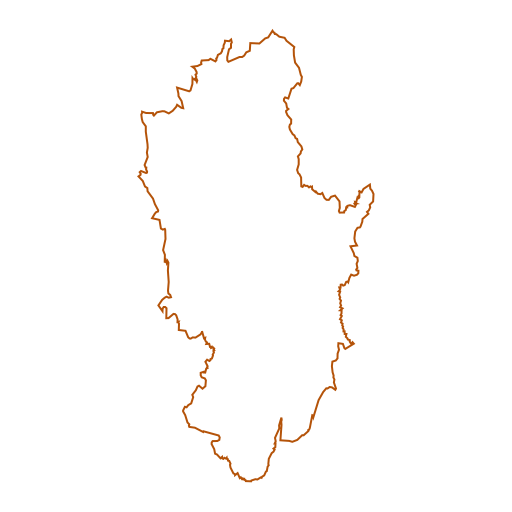 Cardonal, Hidalgo, Mexico
{"feature_id": "50627088B80156455392476", "entity_name": "Cardonal", "entity_type": "district", "adm_level": 2, "iso_a3": "MEX", "parent_name": "Mexico", "parent_adm1": "Hidalgo", "projection": "equal_earth", "projection_center": [-99.045, 20.596], "detail": "fine", "context": "isolated", "style": "outline", "palette": "amber", "viewbox_px": 512, "rotation_deg": 0, "n_neighbors": 0, "source": "geoboundaries", "source_scale": "gbopen_adm2", "svg_char_len": 6047}
<svg xmlns="http://www.w3.org/2000/svg" viewBox="0 0 512 512"><path d="M357.5,197.4L356.2,202.2L355.1,201.9L355.4,203.0L356.5,203.5L355.0,203.7L353.9,202.8L354.8,204.2L356.0,204.7L354.9,206.9L350.0,205.2L347.9,205.7L347.1,206.2L347.2,207.4L346.2,207.3L345.8,210.0L344.2,211.2L344.1,212.5L339.6,212.6L338.9,211.0L339.8,207.9L339.5,201.4L335.0,195.6L331.1,196.8L328.8,199.9L326.5,199.8L324.5,198.0L322.3,193.0L320.5,194.2L317.7,193.7L315.9,191.5L315.5,192.1L312.2,189.3L312.0,186.8L311.5,187.2L310.5,186.4L309.0,187.4L307.5,185.9L305.5,185.9L304.1,184.9L302.6,186.9L301.3,186.4L301.1,177.5L299.5,174.3L298.2,173.2L297.1,169.9L298.7,164.4L298.7,159.1L297.9,156.4L300.6,153.4L300.9,151.4L302.3,149.4L301.4,146.4L297.8,142.1L297.1,138.9L295.6,138.2L294.4,135.4L292.7,134.2L289.9,129.5L289.3,126.9L289.9,124.6L291.1,123.6L291.2,119.5L287.5,115.3L286.1,112.0L286.1,110.9L288.4,109.0L287.0,107.8L286.2,103.5L283.9,100.7L284.0,98.9L285.1,97.4L288.3,98.5L291.5,88.7L293.4,88.1L297.3,83.3L298.2,83.2L299.8,85.1L301.2,81.6L301.9,76.9L300.8,74.9L299.0,67.8L295.1,62.6L293.9,55.3L293.7,49.3L294.3,47.0L286.5,40.8L284.6,37.8L279.3,36.7L276.3,34.2L274.8,34.0L274.5,32.7L273.6,32.5L272.5,30.7L268.2,37.4L265.2,38.4L259.4,43.5L250.3,43.1L249.8,50.8L246.3,52.3L244.2,55.6L242.2,57.0L239.5,57.0L228.4,61.8L227.3,60.4L227.2,57.1L229.0,49.3L231.0,47.8L231.0,43.8L231.8,42.4L231.1,39.5L229.2,41.2L225.0,40.7L224.8,42.7L223.6,45.3L223.4,48.3L222.4,49.0L222.0,51.3L220.8,53.3L217.9,54.9L217.0,57.8L216.2,58.5L216.5,60.0L215.4,61.4L210.4,58.8L208.6,60.1L201.7,60.5L201.1,62.5L201.4,64.1L197.5,66.0L192.3,66.7L194.8,68.6L196.6,72.0L196.7,73.6L195.5,74.7L196.3,76.8L195.9,77.5L197.3,80.4L196.8,81.9L196.0,80.3L194.9,79.8L194.8,78.9L193.4,79.3L192.5,78.0L192.4,84.0L190.5,90.4L189.2,91.3L177.1,87.6L178.4,93.5L178.5,96.1L181.6,101.1L183.2,108.2L181.3,107.8L177.1,104.8L176.2,106.8L172.7,110.8L168.8,113.4L164.4,111.3L162.4,111.2L156.9,112.3L153.9,115.6L153.2,114.8L153.0,113.1L146.1,113.0L142.1,111.7L142.2,112.7L141.3,114.6L141.9,119.1L142.7,122.1L145.8,126.3L145.8,131.7L147.5,144.2L147.7,147.8L146.9,152.6L147.7,157.0L144.6,165.0L145.6,167.5L146.3,167.6L146.1,169.5L147.1,171.5L147.0,172.6L146.1,173.0L141.0,171.0L139.7,172.2L140.7,173.7L140.5,174.9L138.5,176.4L142.8,181.0L145.0,186.5L147.3,188.0L147.6,191.3L153.0,198.6L154.9,204.1L158.2,210.3L158.0,211.5L156.2,212.1L154.8,213.7L152.1,218.2L159.5,219.9L160.9,228.5L162.8,229.6L164.8,228.9L165.2,229.8L165.5,239.0L163.1,250.1L164.9,254.8L164.7,262.6L165.9,260.3L166.7,263.0L167.5,260.9L168.4,262.6L167.9,270.5L168.7,282.0L168.0,290.7L168.4,293.5L170.2,294.9L171.0,297.2L168.8,297.7L166.5,296.7L164.7,297.7L162.2,299.8L158.4,305.4L162.5,311.2L162.6,308.6L163.7,307.0L165.2,307.0L166.5,308.2L166.3,318.2L168.5,318.1L173.5,313.9L175.0,314.1L176.2,315.3L177.6,319.4L177.5,322.0L178.7,321.7L178.3,322.6L179.0,323.7L178.8,330.0L185.5,330.8L188.2,337.3L189.6,338.5L190.7,338.6L192.7,337.4L195.5,337.6L200.5,334.4L202.0,332.1L202.0,331.1L204.0,338.3L205.2,337.8L204.9,339.4L205.8,341.5L207.0,342.4L206.3,344.0L209.2,343.8L210.0,346.9L211.6,346.7L211.3,347.9L213.1,347.4L214.2,348.6L213.6,349.3L214.3,350.4L213.4,351.0L213.9,352.5L212.7,354.7L213.0,355.5L211.9,358.5L210.5,359.1L210.4,360.2L209.4,361.0L207.1,359.7L205.4,361.8L207.6,366.2L207.0,367.4L207.5,368.0L206.2,368.7L205.2,372.6L203.8,372.5L203.7,371.8L200.7,372.8L200.7,375.3L201.7,377.3L204.8,378.4L205.9,380.3L205.4,386.2L202.5,388.7L199.0,385.7L197.5,386.5L195.8,390.3L192.3,394.8L193.2,397.1L191.2,403.4L188.3,405.1L186.6,407.3L184.9,406.8L183.1,410.5L183.1,411.4L185.2,415.1L187.5,422.5L189.3,424.3L188.9,425.7L189.3,426.9L194.9,427.7L203.2,432.0L203.5,431.3L218.7,435.5L219.7,437.4L219.3,439.9L217.3,441.0L212.6,441.1L211.7,442.5L211.6,444.1L214.2,449.1L215.1,453.7L217.0,454.5L220.5,458.3L222.1,456.9L222.3,458.4L223.3,458.9L224.4,457.8L226.0,458.6L226.7,457.7L226.9,458.8L227.8,459.1L228.0,460.6L229.2,460.9L230.5,463.7L230.0,464.8L230.5,467.6L233.4,473.4L235.1,474.2L235.1,475.1L237.6,473.1L239.8,478.1L240.8,477.3L241.9,479.0L242.7,478.4L243.1,479.3L244.3,478.9L244.5,479.9L245.5,480.1L245.8,481.1L251.1,481.3L251.4,480.5L255.4,479.2L257.4,479.5L260.8,477.4L261.6,477.8L262.1,476.7L264.2,475.4L265.9,471.6L266.8,471.1L267.6,466.7L268.7,465.2L268.3,464.1L268.8,458.8L271.7,453.1L273.5,451.7L274.6,449.6L273.5,448.6L275.3,447.2L275.5,443.5L274.7,443.5L275.7,441.3L275.0,437.9L279.3,428.4L279.1,425.4L281.4,417.6L281.7,419.9L281.2,421.6L281.5,424.9L280.4,440.3L289.2,440.9L292.3,441.8L297.3,439.9L302.2,435.2L303.6,435.3L308.3,431.1L308.2,430.1L309.1,429.7L309.8,428.0L312.3,415.2L313.0,415.5L313.4,417.1L318.6,400.1L323.2,392.0L326.3,388.3L327.5,388.5L329.7,387.0L332.0,387.4L335.3,389.8L336.0,388.6L333.9,382.5L334.4,379.5L333.4,377.4L333.6,375.5L332.6,372.3L331.9,366.2L332.4,361.6L335.8,360.5L337.5,358.4L337.6,353.6L339.0,349.7L338.2,346.3L338.4,343.2L342.9,343.9L344.4,348.1L345.3,348.9L353.8,343.7L352.5,342.2L351.4,343.8L350.9,343.4L349.7,341.6L349.8,340.1L347.8,339.5L347.4,338.3L345.8,336.8L346.4,334.0L344.7,334.0L344.6,331.3L343.5,331.3L343.6,329.3L342.6,327.9L343.1,326.5L342.2,325.4L342.6,323.7L341.0,322.5L341.8,320.3L340.0,319.2L341.8,316.0L340.6,315.1L341.5,313.5L341.6,310.4L340.3,310.3L342.5,308.4L340.1,307.2L341.1,305.5L340.2,303.3L341.0,300.6L339.6,298.9L340.2,297.4L339.1,294.8L340.1,291.8L338.6,291.3L340.1,289.8L339.3,287.5L340.5,287.6L340.7,284.7L342.0,284.5L343.2,285.6L344.7,285.1L346.2,281.9L347.6,281.5L348.2,282.3L349.4,277.9L351.2,274.6L354.0,275.7L356.9,274.8L358.3,273.3L358.4,270.7L356.5,270.4L356.2,269.5L357.4,267.9L356.6,263.8L357.8,261.0L357.4,257.7L354.4,256.0L353.8,253.2L350.5,246.3L357.0,245.5L355.0,241.7L354.4,238.3L355.2,231.5L357.5,227.8L359.9,227.4L360.5,226.6L362.3,221.7L362.5,219.0L368.4,213.8L367.0,211.9L368.8,210.4L370.2,207.4L369.7,204.8L373.1,201.5L373.5,194.0L372.0,190.7L370.3,188.7L369.9,184.6L363.5,188.9L361.6,192.4L359.3,191.1L358.7,192.4L359.5,191.5L360.0,192.2L359.4,193.7L359.3,198.0L358.7,194.9L358.7,199.0L358.3,197.1L358.2,197.9L357.5,197.4Z" fill="none" stroke="#b45309" stroke-width="2"/></svg>